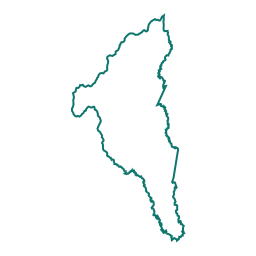 the district of Belén De Los Andaquíes, Caquetá, Colombia
{"feature_id": "7082276B91002945363484", "entity_name": "Belén De Los Andaquíes", "entity_type": "district", "adm_level": 2, "iso_a3": "COL", "parent_name": "Colombia", "parent_adm1": "Caquetá", "projection": "equal_earth", "projection_center": [-75.835, 1.475], "detail": "fine", "context": "isolated", "style": "outline", "palette": "teal", "viewbox_px": 256, "rotation_deg": 0, "n_neighbors": 0, "source": "geoboundaries", "source_scale": "gbopen_adm2", "svg_char_len": 5905}
<svg xmlns="http://www.w3.org/2000/svg" viewBox="0 0 256 256"><path d="M163.9,15.4L162.1,16.7L160.6,19.7L159.9,20.5L159.2,20.6L157.8,19.8L155.9,19.9L155.0,19.1L151.0,21.5L148.9,24.4L148.3,26.4L148.2,27.9L147.7,29.1L147.9,30.2L147.0,31.2L146.0,31.4L144.2,30.1L142.9,30.9L141.7,32.5L140.9,32.7L140.0,33.5L139.3,33.6L138.5,34.5L135.6,34.9L133.2,33.5L130.7,33.4L129.7,33.5L127.2,35.4L124.7,38.4L124.6,40.3L123.9,41.5L122.8,42.2L121.8,42.1L121.0,42.8L120.5,43.6L120.3,44.8L119.6,45.3L119.5,47.0L118.3,49.7L117.7,50.5L116.3,51.0L115.7,51.7L115.5,54.2L113.3,55.3L112.5,56.0L109.7,55.3L107.5,56.7L107.0,58.6L108.0,60.3L108.2,62.6L107.5,64.4L107.1,66.9L107.3,69.6L106.5,70.8L104.9,71.5L103.4,73.4L101.7,73.0L100.0,73.4L98.5,75.3L98.1,77.1L97.2,77.7L96.9,79.1L95.9,80.4L94.9,82.8L92.9,84.1L91.7,85.9L90.1,86.4L88.3,85.3L85.6,86.9L83.6,86.1L82.8,84.8L81.9,85.2L80.1,85.1L79.6,86.7L78.2,88.0L76.7,87.8L76.3,88.1L75.6,91.5L73.0,93.1L73.9,97.0L73.8,98.5L73.3,99.4L73.4,103.3L73.6,104.1L72.8,107.2L72.1,108.1L71.9,110.1L72.1,111.0L73.4,113.1L73.4,113.9L75.1,116.0L76.5,116.5L77.7,115.9L79.5,116.6L81.5,115.0L81.9,114.1L83.3,113.1L84.5,110.9L85.6,110.9L86.0,110.4L86.2,109.0L88.2,106.8L88.9,106.6L91.4,107.6L93.7,106.7L94.3,106.9L94.8,109.4L95.3,110.0L95.8,109.9L97.2,111.4L97.5,113.0L97.9,113.5L97.8,114.8L98.0,115.8L99.6,117.4L100.7,120.3L100.8,121.4L98.7,125.6L97.5,128.6L98.2,130.7L100.2,132.1L100.5,133.0L102.0,135.3L101.9,137.3L102.5,137.9L103.6,140.2L103.4,141.1L102.3,142.1L102.1,143.2L102.6,143.8L103.1,145.1L102.8,146.0L103.1,147.1L103.0,149.0L103.9,150.5L106.2,151.8L107.2,153.0L107.1,155.5L107.5,156.2L108.6,156.3L109.8,157.6L110.7,157.7L111.6,159.9L112.6,159.4L113.6,159.8L113.9,160.3L113.8,161.6L114.3,162.7L114.4,164.0L116.6,164.2L117.3,164.8L117.3,165.3L118.5,165.6L118.8,166.6L120.5,166.9L120.7,166.6L122.2,167.7L122.3,168.3L123.8,169.3L124.2,170.8L125.2,171.6L125.7,171.5L125.3,173.0L125.5,173.4L125.1,173.6L125.7,173.8L126.1,173.1L126.9,173.9L127.4,173.4L128.5,173.6L129.5,172.2L130.1,172.2L130.5,171.2L131.3,171.4L132.0,170.2L132.1,170.7L132.5,170.9L132.8,170.3L133.4,170.4L133.7,171.3L133.9,171.1L134.1,171.6L134.3,171.2L134.8,172.2L135.7,172.8L135.6,173.3L135.9,173.7L135.5,173.7L135.6,174.5L136.1,174.3L136.2,174.8L136.7,174.8L136.7,175.4L137.7,175.2L140.1,176.9L141.1,176.4L141.9,178.2L143.1,178.6L144.3,180.5L144.3,181.5L143.6,181.3L143.2,182.0L143.5,183.3L144.7,184.7L144.6,185.3L143.9,185.5L143.8,186.0L145.7,187.8L146.1,190.0L145.9,190.8L146.6,191.8L148.9,193.5L149.1,194.2L148.7,195.4L149.5,196.7L151.4,198.0L151.4,198.7L150.6,198.9L150.3,199.9L151.3,201.8L151.7,201.8L152.3,200.9L153.4,201.7L153.8,204.1L153.6,205.2L151.6,207.7L151.9,208.5L152.9,208.4L153.6,209.0L153.9,210.5L154.4,211.0L154.3,213.0L153.5,214.4L153.5,215.2L155.4,215.2L155.9,217.3L156.3,217.8L156.7,217.3L156.8,216.0L157.4,215.7L157.9,216.6L157.4,217.7L157.4,218.8L158.3,219.1L158.8,218.2L159.9,220.0L160.0,220.7L159.3,221.4L159.1,222.5L159.6,222.9L160.8,223.0L161.4,223.6L161.5,225.0L161.1,224.9L160.5,224.1L160.0,224.3L159.9,224.9L160.9,226.0L161.4,227.5L162.2,228.4L162.0,229.2L161.2,229.8L161.9,230.6L162.7,229.8L163.2,230.0L163.3,230.7L162.8,231.6L163.6,232.9L164.7,232.3L165.5,230.8L166.0,230.5L166.4,231.4L165.9,232.6L166.5,233.4L169.8,234.6L170.9,235.7L171.6,235.8L171.7,236.5L171.2,237.3L172.1,238.5L171.6,239.6L171.8,240.2L174.2,238.0L175.8,239.1L176.7,239.2L177.0,240.6L178.9,239.0L179.3,236.8L180.7,237.1L181.6,235.5L182.7,235.6L182.9,233.5L184.1,233.2L183.6,232.4L182.6,232.3L182.1,231.6L182.3,231.3L183.1,231.6L183.4,231.3L183.0,230.0L183.0,228.0L183.7,225.7L182.7,225.3L182.2,224.2L180.9,224.1L180.9,222.1L180.4,221.0L179.7,221.1L179.3,222.4L178.8,222.5L178.5,221.9L178.4,218.9L179.1,218.1L179.1,217.1L178.7,216.0L177.6,215.7L177.1,213.4L176.4,213.2L175.8,211.0L176.1,210.4L177.0,210.1L177.2,209.5L177.2,205.7L176.6,205.0L174.7,204.8L174.6,202.9L175.4,202.3L175.5,201.8L174.5,198.7L173.2,197.3L173.0,196.5L173.7,195.6L174.1,193.6L173.7,191.8L174.7,190.5L174.7,187.5L175.2,187.1L176.3,187.9L176.6,187.5L174.9,182.5L174.0,182.3L172.8,182.9L172.4,182.5L172.2,181.8L173.5,178.0L178.1,149.5L177.9,148.6L176.5,147.6L175.8,147.7L175.5,148.3L174.6,148.2L174.4,147.8L174.8,147.2L172.8,147.1L171.8,146.6L171.4,143.6L170.5,143.4L169.7,140.6L169.1,140.9L169.2,140.2L168.5,139.3L168.5,138.6L169.2,138.4L169.1,137.8L168.1,136.8L167.2,136.5L167.2,135.8L166.4,135.5L166.7,135.1L166.4,134.4L166.4,132.7L166.1,133.4L165.6,132.9L166.2,132.1L165.8,129.8L166.6,129.9L167.2,128.3L168.4,128.2L168.7,126.6L168.5,126.0L168.6,125.4L168.2,125.7L168.0,123.8L167.6,123.7L167.9,122.2L167.4,120.8L168.2,119.6L168.1,117.5L166.8,116.2L166.7,115.4L167.1,114.7L166.8,114.7L166.8,114.1L166.3,114.4L165.9,113.2L165.8,111.9L166.1,111.3L165.3,111.0L165.7,110.6L165.2,109.4L164.7,109.6L164.4,109.2L164.7,108.1L164.4,107.4L164.9,107.2L164.3,106.6L164.3,107.2L163.7,107.3L163.6,106.7L161.2,106.1L160.9,105.6L161.4,105.2L161.0,104.6L161.1,104.2L160.8,104.0L159.7,104.0L159.3,104.4L158.6,104.1L158.5,104.5L157.3,105.0L165.9,86.0L163.9,86.4L163.8,88.0L163.5,88.3L163.3,88.0L163.1,86.0L163.3,84.8L164.7,81.9L164.8,81.2L163.9,81.5L163.8,80.3L163.1,79.9L163.1,79.1L161.7,77.2L160.5,77.0L159.9,78.3L158.1,76.5L158.5,75.6L159.3,75.6L159.7,74.9L158.3,73.5L158.3,73.1L159.3,72.8L158.8,70.6L159.8,70.7L159.6,69.9L160.2,69.5L160.1,68.5L161.1,68.7L160.3,66.2L161.3,65.7L161.4,65.1L161.0,65.0L161.6,64.0L161.8,63.0L162.9,62.5L163.0,61.5L164.4,60.5L165.1,60.4L165.6,59.6L164.9,58.2L165.2,56.9L166.7,55.2L168.3,55.5L168.8,53.9L169.6,53.1L169.6,52.4L170.4,51.5L170.5,49.6L171.0,49.1L171.7,49.2L171.9,48.6L171.9,47.5L171.3,46.5L171.9,46.1L171.9,45.3L171.7,45.0L171.2,45.4L171.2,44.9L170.9,44.9L170.8,44.3L170.0,43.6L170.5,42.2L169.2,42.1L169.7,40.9L168.9,40.3L168.8,36.6L167.6,34.3L168.1,32.7L167.6,31.9L167.6,30.9L164.6,31.2L164.1,30.8L163.6,29.8L163.5,28.2L163.8,25.6L163.4,21.6L163.8,19.7L163.6,17.5L163.9,15.4Z" fill="none" stroke="#0f766e" stroke-width="2"/></svg>